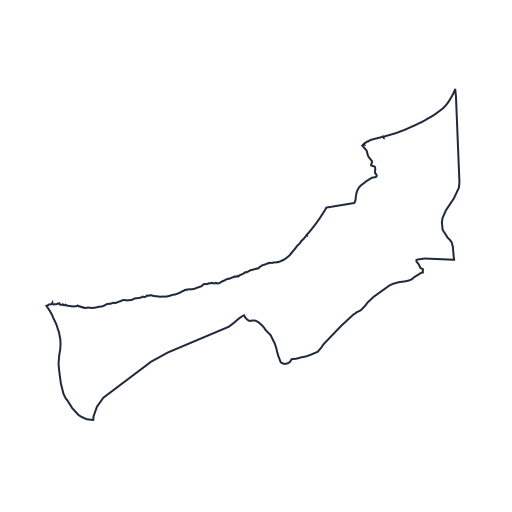 the district of Khanfar, Abyan, Yemen, rotated 175°
{"feature_id": "15242507B88266569428979", "entity_name": "Khanfar", "entity_type": "district", "adm_level": 2, "iso_a3": "YEM", "parent_name": "Yemen", "parent_adm1": "Abyan", "projection": "robinson", "projection_center": [45.813, 13.334], "detail": "fine", "context": "isolated", "style": "outline", "palette": "slate", "viewbox_px": 512, "rotation_deg": 175, "n_neighbors": 0, "source": "geoboundaries", "source_scale": "gbopen_adm2", "svg_char_len": 6000}
<svg xmlns="http://www.w3.org/2000/svg" viewBox="0 0 512 512"><g transform="rotate(175 256 256)"><path d="M181.7,298.1L182.7,296.5L185.2,293.2L189.1,288.2L193.6,282.9L198.5,277.6L201.5,274.6L203.7,272.6L203.6,272.1L203.8,272.2L204.0,272.1L207.7,268.3L209.4,267.3L209.6,266.7L211.8,264.3L213.5,263.0L213.9,262.6L214.5,262.2L214.8,261.7L216.8,259.5L217.9,258.5L219.9,256.3L220.0,256.4L220.5,256.0L220.5,255.8L222.4,253.8L225.2,251.8L228.1,250.1L229.3,249.5L229.5,249.4L229.8,249.6L231.0,249.0L234.5,247.9L235.1,248.2L235.7,247.9L237.3,247.9L238.2,248.1L240.5,247.7L241.7,247.9L243.3,248.0L243.9,247.8L244.0,247.8L244.1,248.1L244.1,247.8L244.4,247.9L245.2,247.5L248.3,246.6L249.5,246.5L250.6,246.1L253.4,244.7L253.6,244.4L254.2,243.9L255.1,243.4L255.3,243.7L255.7,243.9L255.9,244.1L255.8,243.8L256.2,243.7L256.3,243.9L256.3,243.6L256.5,243.4L256.8,243.7L256.7,243.5L257.6,243.1L257.8,243.1L259.3,242.9L260.6,242.5L262.2,242.5L266.9,240.5L267.7,240.9L270.4,239.4L273.8,238.3L275.0,237.5L275.6,237.4L275.8,237.6L276.0,237.4L276.0,237.2L276.8,237.4L278.1,237.1L278.7,237.5L279.2,237.4L279.3,237.1L281.9,236.6L284.4,235.7L285.6,235.6L285.8,235.8L286.6,235.7L287.3,235.3L288.1,235.1L290.4,234.0L290.6,234.1L291.0,233.9L291.2,234.0L291.7,233.8L292.2,233.5L292.7,233.3L294.3,232.4L294.9,232.2L296.6,232.0L297.6,232.2L297.7,232.5L298.3,232.8L298.6,232.6L299.7,232.3L300.2,232.3L300.7,232.6L301.9,232.8L302.1,233.1L302.3,233.1L303.9,232.8L305.1,232.7L305.2,232.9L305.5,232.9L306.4,232.5L307.5,232.3L308.3,232.3L308.8,232.6L310.6,232.5L312.8,230.7L314.6,230.2L315.9,229.9L316.8,229.6L317.6,229.6L318.4,229.2L320.7,228.6L323.8,228.4L324.0,228.5L325.5,228.7L327.4,228.5L328.0,228.3L328.4,228.6L329.0,228.3L329.6,228.4L330.2,228.2L330.7,227.8L331.4,227.5L332.0,227.5L335.0,226.1L337.2,225.4L339.9,224.7L342.1,224.6L344.1,224.3L344.6,224.0L347.3,223.6L349.0,223.4L350.5,223.5L352.2,223.7L355.1,223.8L360.3,224.9L360.8,224.9L361.3,225.2L362.0,225.2L363.6,226.0L364.9,226.0L365.1,226.1L365.4,225.9L365.9,226.0L366.4,225.8L367.6,225.9L367.9,226.1L368.9,225.6L369.3,225.2L370.5,224.8L370.9,224.8L372.0,225.3L372.5,225.2L372.6,225.3L373.5,224.8L375.9,224.4L377.8,224.3L378.8,224.4L379.7,224.4L381.5,223.9L381.7,223.7L383.5,223.2L384.1,223.1L385.8,223.0L388.8,223.1L389.5,223.2L390.3,223.5L391.6,223.7L393.3,223.5L394.0,223.1L395.5,222.6L396.3,222.6L399.3,221.6L400.7,221.4L401.2,221.7L401.4,221.8L402.3,221.8L404.7,221.2L404.9,221.3L405.7,221.1L408.0,221.2L408.6,221.1L412.1,219.6L413.8,219.2L416.6,219.1L417.2,219.1L420.3,218.6L422.1,218.5L425.3,218.7L427.6,219.3L430.7,219.0L431.2,219.4L431.6,219.4L432.2,219.6L432.5,219.5L433.0,220.1L433.6,220.0L434.1,220.5L435.0,220.5L435.4,220.7L435.8,221.2L436.1,221.2L436.2,221.3L436.8,221.3L437.1,221.4L437.3,221.6L437.2,221.7L437.5,221.8L438.0,222.2L438.7,221.7L440.8,221.6L443.3,221.8L444.7,222.1L445.4,222.3L445.6,222.3L448.8,223.1L449.1,223.5L450.1,223.6L450.2,223.9L450.5,223.7L451.9,223.7L452.2,224.0L452.2,224.3L452.4,224.4L452.7,224.7L453.0,224.5L454.1,224.3L455.0,224.5L455.9,224.9L455.9,225.2L455.7,225.3L455.9,225.8L456.1,225.7L456.9,225.8L457.5,226.1L458.3,225.6L459.1,225.3L460.5,225.5L462.2,225.4L462.6,225.7L463.0,226.1L463.0,226.3L463.0,226.6L463.0,227.0L463.5,226.3L463.7,225.9L464.7,225.7L466.3,225.8L467.2,225.3L467.5,225.1L469.1,224.6L467.2,221.2L465.2,217.2L464.0,214.3L463.4,212.0L461.4,206.9L460.6,204.3L459.6,199.7L459.0,197.8L458.2,190.0L458.4,185.4L459.1,180.4L460.7,174.2L462.1,165.8L462.1,159.5L461.5,146.1L459.8,135.4L458.0,130.8L456.6,128.8L452.3,120.4L446.8,113.2L444.7,111.5L442.4,110.1L440.1,108.8L438.6,108.1L437.0,107.7L432.4,106.9L431.8,110.5L427.6,119.7L420.5,128.1L369.8,159.8L352.4,167.5L289.3,187.9L283.6,191.5L279.8,194.3L277.7,195.7L275.2,197.0L274.5,197.5L272.9,197.9L271.9,195.3L270.1,193.3L268.7,192.1L267.9,191.9L265.2,192.0L263.5,191.9L261.8,191.5L261.2,191.0L259.7,190.1L258.5,188.9L256.6,187.0L254.4,184.2L253.1,181.8L250.4,178.3L249.1,176.9L248.1,175.4L247.5,173.6L246.8,171.9L246.2,170.2L245.4,168.5L245.0,167.6L243.8,162.2L243.4,159.1L242.5,154.5L240.9,148.8L240.5,147.9L239.9,147.3L239.1,146.9L237.4,146.1L235.7,146.0L234.0,146.3L233.2,146.6L231.6,147.4L231.0,148.0L230.0,149.5L229.4,150.1L227.7,150.2L225.1,150.1L223.3,150.5L222.5,150.5L219.9,151.1L214.7,151.6L210.6,152.7L202.9,155.2L198.8,159.2L197.1,161.4L195.9,162.7L176.5,179.6L163.9,189.3L161.8,190.3L160.8,191.1L157.5,192.3L156.0,193.1L151.7,196.8L148.8,200.0L142.2,205.2L125.8,214.9L121.8,216.4L115.6,217.5L110.2,217.7L105.6,218.3L102.9,219.2L100.6,220.9L92.6,225.0L91.2,225.0L90.9,228.4L93.1,229.6L94.1,232.1L95.1,234.5L95.5,234.7L96.6,236.5L96.6,237.9L95.4,238.4L88.3,238.8L59.0,235.0L59.1,237.9L59.1,248.0L59.9,252.6L61.7,255.5L63.4,257.4L64.9,260.4L66.9,264.0L67.8,265.8L67.9,273.4L66.8,277.7L62.8,285.0L53.9,296.1L47.9,306.4L46.9,312.0L42.9,397.5L43.0,405.1L43.5,403.9L44.9,401.3L47.0,398.0L50.7,392.9L53.6,389.7L57.0,386.7L59.5,385.1L64.4,382.1L66.1,381.1L69.7,379.3L69.9,379.3L70.2,379.0L72.6,378.1L75.7,376.5L80.5,374.5L82.1,374.0L84.6,373.0L97.0,368.7L100.7,367.7L101.8,367.3L102.0,367.4L103.2,366.9L106.9,366.0L118.2,363.8L118.5,363.7L118.4,363.6L118.3,363.4L118.5,362.4L118.9,362.7L119.0,362.5L118.8,363.7L118.7,363.6L118.8,363.7L118.6,363.8L129.2,362.1L130.7,361.7L131.1,361.8L132.8,361.2L134.4,360.3L135.1,360.5L136.0,359.8L138.3,358.6L138.9,358.0L138.7,358.2L138.7,357.8L138.4,357.3L138.5,357.3L138.8,357.3L138.9,357.6L138.8,357.8L139.0,357.8L139.0,357.3L138.8,356.5L139.2,357.0L139.3,357.1L139.5,356.9L139.9,357.3L140.5,356.8L136.8,351.6L136.5,350.8L135.8,346.6L135.2,344.9L132.2,340.4L132.2,339.9L132.3,339.2L133.4,336.9L133.5,336.5L133.3,336.1L132.9,335.9L130.9,335.2L130.1,334.7L129.7,334.1L129.6,332.9L129.8,331.0L130.1,329.5L130.2,328.5L129.9,327.9L129.0,326.6L128.8,326.0L128.8,325.4L129.0,324.8L129.5,324.4L130.4,324.1L132.7,324.0L134.1,323.7L139.2,321.1L145.6,317.0L147.5,315.2L148.6,313.7L150.0,311.0L150.6,309.4L151.4,306.3L151.9,303.6L152.5,301.7L153.2,300.6L154.0,300.2L181.7,298.1Z" fill="none" stroke="#1e293b" stroke-width="2"/></g></svg>